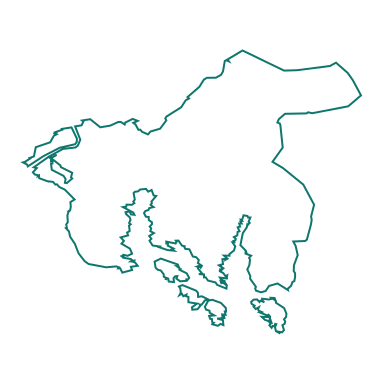 outline of Porsgrunn nor, Telemark, Norway
{"feature_id": "86288312B50854696471252", "entity_name": "Porsgrunn nor", "entity_type": "district", "adm_level": 2, "iso_a3": "NOR", "parent_name": "Norway", "parent_adm1": "Telemark", "projection": "equal_earth", "projection_center": [9.72, 59.108], "detail": "fine", "context": "isolated", "style": "outline", "palette": "teal", "viewbox_px": 384, "rotation_deg": 0, "n_neighbors": 0, "source": "geoboundaries", "source_scale": "gbopen_adm2", "svg_char_len": 6025}
<svg xmlns="http://www.w3.org/2000/svg" viewBox="0 0 384 384"><path d="M277.6,283.5L287.9,290.0L287.6,288.9L291.1,285.8L292.5,281.9L294.3,281.2L295.1,277.0L295.1,273.2L293.7,271.0L294.0,265.1L297.7,255.1L295.7,246.1L293.3,241.5L305.1,241.0L306.9,239.6L310.8,225.1L311.7,220.0L311.1,216.5L314.1,204.7L303.3,184.6L282.9,168.0L272.5,161.8L282.7,147.6L280.4,125.4L279.9,123.6L277.4,122.5L278.8,119.2L285.0,113.8L306.7,113.4L308.0,112.3L312.3,113.2L348.2,106.3L361.0,95.4L352.9,80.3L347.7,72.9L336.0,62.7L329.9,66.0L297.1,70.2L284.1,70.6L242.5,50.5L227.6,59.4L228.9,61.4L226.3,60.2L224.8,61.0L223.0,71.4L221.1,74.8L215.9,77.7L206.9,77.8L203.8,79.7L199.4,86.8L187.5,97.1L189.0,98.5L185.7,100.3L181.3,107.2L166.4,116.6L165.3,118.5L166.3,120.4L160.1,128.7L150.5,131.5L148.0,134.4L141.9,131.7L140.3,129.7L138.4,129.8L135.5,124.4L133.3,122.9L137.7,120.9L132.7,118.9L125.2,122.6L124.7,124.5L120.7,121.9L118.2,122.0L110.3,125.6L100.3,127.3L90.2,119.2L82.1,120.5L83.4,121.5L81.6,125.3L75.1,126.4L80.3,139.7L77.8,145.7L75.4,147.5L62.9,148.9L50.2,155.9L51.8,157.5L55.7,155.2L56.7,154.9L51.0,158.1L60.5,165.5L60.8,167.1L72.2,172.8L71.0,177.3L72.2,178.5L66.8,183.1L64.9,182.8L65.6,179.0L63.6,175.9L51.8,169.8L51.0,163.6L52.4,163.5L52.6,160.8L51.0,161.1L51.2,159.0L48.6,156.8L33.8,167.3L36.8,168.1L32.9,172.3L34.8,174.5L37.9,175.2L37.7,176.2L39.0,175.4L39.2,178.2L49.1,181.8L48.3,181.3L53.0,181.9L55.4,184.6L56.9,184.3L59.3,187.0L64.8,189.6L74.6,199.5L70.4,202.1L70.8,206.6L70.2,210.0L69.0,210.9L70.3,211.1L68.6,211.2L67.4,215.5L67.8,222.2L66.2,224.5L66.9,227.8L65.9,228.1L69.0,231.5L70.1,236.7L74.8,243.7L78.6,253.4L84.6,261.1L88.6,264.0L106.3,267.3L116.3,266.4L118.9,267.3L118.2,268.4L120.2,268.3L122.3,272.6L132.1,270.0L130.9,266.8L137.7,265.8L134.8,262.2L132.2,261.6L132.9,261.1L131.8,261.2L132.5,260.7L131.5,260.8L132.2,260.3L131.0,259.1L123.1,257.7L122.1,256.4L124.6,256.6L122.0,256.1L123.3,254.8L127.6,255.8L132.1,253.7L129.9,248.6L121.5,243.7L123.9,240.9L120.7,237.4L128.1,235.4L127.1,232.6L129.7,231.0L129.0,225.6L130.7,224.3L129.1,223.0L130.5,219.8L129.6,217.2L126.1,214.1L126.3,212.5L124.7,212.3L129.5,211.4L131.0,214.4L134.4,214.8L133.4,212.6L123.0,207.1L126.2,206.6L126.6,204.6L131.8,204.8L134.4,203.1L133.3,201.6L134.8,199.6L133.6,193.1L134.8,191.8L138.2,191.3L140.1,189.5L146.0,188.9L148.2,191.7L151.6,190.0L153.6,195.4L156.2,196.0L151.4,201.6L151.9,203.1L150.6,204.8L153.5,207.1L149.2,208.1L148.5,210.0L145.5,210.9L144.0,213.1L145.9,216.7L148.7,217.0L148.8,220.1L151.9,222.2L152.0,224.1L149.7,226.6L151.2,228.4L150.3,231.1L153.9,233.1L149.2,236.0L151.4,238.8L149.5,240.7L152.6,245.5L159.6,246.5L158.8,247.1L167.7,250.1L174.1,250.7L172.0,249.2L173.5,248.5L167.7,245.6L168.0,243.4L166.3,243.4L166.3,241.6L175.6,243.5L176.5,242.0L175.8,240.7L178.5,240.6L181.9,245.6L185.4,246.4L184.2,246.7L185.3,248.9L189.4,249.3L192.8,256.5L196.2,257.2L198.8,260.1L197.9,263.0L201.9,265.8L200.7,267.6L199.6,265.5L197.2,266.5L199.3,267.0L197.8,267.6L198.1,268.7L202.3,273.7L198.8,274.1L204.0,274.5L204.0,277.3L205.7,277.3L208.0,280.6L215.5,282.4L217.2,284.9L226.4,288.6L226.8,285.4L223.0,282.8L221.3,283.2L220.7,281.4L225.4,283.2L224.2,281.4L225.4,281.4L221.1,279.6L219.9,277.6L227.8,278.6L226.6,278.2L227.2,275.3L225.5,276.2L223.4,273.2L219.8,271.2L220.0,269.7L221.3,270.3L221.7,267.7L222.3,269.3L223.4,268.3L218.9,265.3L223.0,264.1L222.4,259.2L225.5,258.8L225.3,259.9L227.5,258.7L224.0,255.6L229.5,255.7L229.4,254.1L234.0,250.5L235.2,246.3L232.4,242.3L234.2,242.2L233.5,240.9L235.3,240.4L235.8,238.9L233.9,237.1L237.3,235.4L237.6,231.9L239.5,231.3L237.7,227.3L240.1,226.6L239.2,223.5L241.6,223.5L240.4,221.4L242.2,221.0L241.0,219.6L242.2,219.6L243.5,215.3L247.5,216.0L248.1,217.5L250.4,217.5L248.6,221.8L249.7,222.9L248.0,224.5L248.4,225.5L247.3,224.5L246.8,227.3L242.8,233.2L240.4,245.2L245.8,250.7L246.4,252.6L245.6,252.1L245.5,253.6L251.1,255.7L249.1,257.8L250.0,259.8L249.3,265.3L247.3,269.4L250.3,276.0L250.1,278.7L255.9,286.8L255.2,288.5L256.0,290.7L261.1,292.3L265.6,291.0L269.1,285.9L277.6,283.5ZM27.8,166.4L43.5,156.1L59.6,147.8L75.2,144.2L76.8,141.8L76.9,138.6L71.5,127.4L61.9,128.9L62.3,129.7L55.2,132.2L56.0,132.7L54.7,133.5L56.6,134.3L53.9,135.7L50.2,142.3L35.8,147.2L33.9,156.4L29.6,158.0L30.2,158.5L25.6,161.4L26.4,161.5L23.0,162.4L27.2,164.6L27.8,166.4ZM274.5,298.0L270.9,297.8L271.6,298.9L268.7,299.5L262.1,298.7L262.1,300.3L264.3,302.2L260.4,300.7L259.5,302.0L257.0,299.4L253.5,299.7L251.1,302.0L251.7,303.9L254.6,305.7L253.6,306.7L255.7,309.0L258.9,307.2L258.0,309.2L258.7,310.7L261.4,311.9L259.7,312.4L267.1,315.4L268.4,314.7L270.1,316.6L269.9,318.1L267.3,315.6L268.5,317.0L261.7,316.8L265.0,319.9L268.9,321.2L270.1,318.8L271.5,322.7L269.5,322.3L270.6,323.8L269.4,325.3L271.6,327.8L272.7,325.9L274.3,326.3L275.2,323.9L276.3,324.2L275.0,327.2L276.0,331.2L280.2,333.5L278.8,331.7L282.1,332.3L284.0,330.0L282.4,325.2L284.6,323.8L285.2,321.5L284.0,319.3L286.1,317.0L286.4,313.6L284.1,308.1L275.9,302.7L275.9,300.9L274.0,299.5L275.0,299.0L274.5,298.0ZM160.8,258.6L154.6,261.6L155.6,267.7L157.6,269.7L160.8,270.5L163.7,274.3L163.8,276.7L166.1,277.8L165.7,279.0L167.1,279.5L165.9,278.8L166.3,277.9L168.2,278.5L168.7,281.5L174.0,282.1L173.5,278.2L175.2,276.3L177.3,276.1L176.4,278.6L180.1,281.3L186.8,280.8L187.6,279.8L185.4,279.4L188.0,279.4L189.2,277.9L186.7,273.3L179.6,269.8L180.5,269.0L176.9,266.3L178.6,266.5L177.8,264.5L160.8,258.6ZM226.0,311.5L225.8,307.9L220.9,302.9L212.3,299.8L208.3,300.6L204.9,306.7L206.0,309.6L209.5,310.7L209.7,312.8L214.3,315.4L209.1,315.9L210.2,318.9L211.9,319.0L212.4,322.9L213.6,322.9L212.4,324.3L217.9,325.8L220.5,323.9L223.4,325.1L222.9,320.1L217.2,318.6L224.4,318.0L224.2,316.5L222.4,316.5L222.2,314.4L225.6,314.8L224.8,311.5L226.0,311.5ZM182.5,285.1L178.9,286.5L180.3,288.4L180.8,292.6L179.5,295.1L181.8,293.7L183.3,296.2L186.4,294.6L186.0,296.2L188.4,296.9L188.4,302.2L197.1,303.6L191.9,307.3L192.3,309.7L197.5,309.2L200.2,306.0L199.6,304.6L201.6,304.7L205.0,300.3L209.0,299.8L201.9,296.3L198.1,296.9L197.9,292.7L196.2,290.7L182.5,285.1Z" fill="none" stroke="#0f766e" stroke-width="2"/></svg>